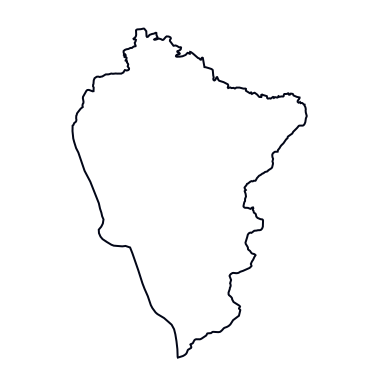 the district of Botene, Xaignabouri, Laos, rotated 178°
{"feature_id": "54806243B51451438930517", "entity_name": "Botene", "entity_type": "district", "adm_level": 2, "iso_a3": "LAO", "parent_name": "Laos", "parent_adm1": "Xaignabouri", "projection": "mercator", "projection_center": [101.063, 17.709], "detail": "fine", "context": "isolated", "style": "outline", "palette": "ink", "viewbox_px": 384, "rotation_deg": 178, "n_neighbors": 0, "source": "geoboundaries", "source_scale": "gbopen_adm2", "svg_char_len": 6040}
<svg xmlns="http://www.w3.org/2000/svg" viewBox="0 0 384 384"><g transform="rotate(178 192 192)"><path d="M309.0,262.5L309.3,257.0L308.8,249.6L308.0,246.1L306.3,239.9L304.2,235.4L298.6,216.9L293.3,205.9L285.5,184.0L284.5,178.6L283.3,174.5L282.6,170.8L281.4,167.7L282.2,163.6L283.9,160.5L286.5,157.6L286.4,154.1L285.0,150.6L283.0,148.0L279.0,145.1L274.4,142.1L272.0,141.1L263.5,140.1L260.3,140.4L255.8,138.7L253.7,132.8L248.4,115.6L244.7,102.4L242.8,96.9L239.8,89.4L237.1,80.4L235.6,77.3L232.6,72.9L230.8,71.2L224.3,67.0L217.0,60.1L214.7,55.5L213.6,50.3L212.7,43.2L212.1,35.4L212.1,27.7L211.9,27.0L206.8,28.4L204.9,29.4L203.4,30.6L202.7,31.8L201.8,34.0L201.4,34.5L198.4,36.2L198.1,36.9L198.3,38.1L198.9,39.7L198.3,40.1L197.0,40.5L196.2,41.2L195.4,42.8L194.5,44.1L193.5,44.6L192.5,44.7L189.2,44.5L187.8,45.0L182.8,48.1L181.7,50.0L181.1,50.2L178.0,50.3L176.4,51.4L175.7,51.5L170.5,51.0L169.1,51.2L168.4,51.5L166.9,52.7L165.0,54.7L164.1,55.2L161.9,55.9L160.1,56.8L158.3,58.3L155.4,62.5L149.4,66.7L147.9,72.1L147.9,72.5L149.1,73.8L149.1,74.1L148.0,75.7L148.3,76.4L148.7,76.8L154.3,80.6L155.6,83.2L155.7,84.4L156.1,85.1L156.8,86.0L158.6,87.6L159.0,88.4L159.0,90.1L158.7,91.0L157.6,93.8L157.5,94.8L156.8,96.2L156.6,97.3L156.8,98.7L157.1,99.4L156.0,102.7L157.4,106.8L156.9,107.8L156.0,108.7L154.4,109.6L153.4,109.7L150.6,109.3L149.0,109.4L147.9,109.8L146.6,110.6L143.8,111.4L137.1,114.1L135.2,115.8L135.1,116.2L135.7,118.0L134.5,120.5L133.3,122.1L131.9,124.9L130.7,126.6L130.8,126.9L131.8,127.7L134.2,128.5L134.7,128.9L136.1,131.1L137.6,132.3L138.0,132.9L138.1,134.5L138.4,135.3L140.1,138.3L140.3,139.6L138.5,144.7L137.7,147.4L136.7,148.7L135.2,149.4L134.0,149.1L131.1,151.1L128.9,151.2L127.4,151.5L125.5,151.5L124.4,151.8L123.2,153.0L122.4,154.9L122.0,160.9L122.1,161.5L122.6,162.1L124.6,162.5L127.4,163.8L128.6,165.2L128.9,167.1L129.3,168.1L130.9,169.3L131.2,171.0L131.8,171.9L131.9,172.3L131.3,173.5L131.5,174.4L132.3,174.4L134.2,173.1L136.7,174.2L139.6,174.4L140.2,174.7L141.0,175.6L141.0,176.4L140.4,178.8L140.0,180.1L139.3,181.1L139.2,183.3L138.2,185.6L138.5,188.4L139.3,190.8L139.3,191.1L138.1,192.1L139.1,193.4L139.3,194.7L137.4,196.9L136.7,198.2L135.8,198.5L133.2,200.4L132.0,200.8L130.9,200.5L129.8,201.1L128.5,201.0L128.0,201.2L126.6,203.6L124.4,205.9L122.9,206.6L120.9,208.0L120.0,208.2L118.4,209.4L115.9,210.0L115.0,211.0L111.7,213.0L111.0,214.0L110.1,217.3L110.1,218.3L110.5,219.7L109.8,222.3L110.4,224.1L110.5,226.0L110.4,226.7L109.8,227.8L108.3,229.0L107.7,229.3L105.0,229.3L104.6,230.9L102.9,232.9L102.0,234.4L101.2,235.4L98.9,237.5L96.1,241.3L94.7,242.4L94.5,243.5L94.1,244.1L89.8,246.9L88.7,248.7L84.8,252.3L83.3,254.0L82.9,254.4L82.0,254.6L79.0,254.5L78.4,254.7L77.7,255.3L77.1,256.1L76.3,257.9L75.6,261.7L74.8,263.4L74.7,264.1L75.5,267.5L75.6,269.6L75.4,270.8L75.7,272.7L76.5,274.5L76.4,275.4L77.3,275.6L77.6,276.1L78.6,277.0L79.2,277.2L80.3,277.0L80.9,278.1L82.2,277.5L82.7,277.8L83.3,278.5L83.1,279.6L81.8,281.1L81.2,282.2L81.2,282.7L83.9,283.4L87.1,284.9L87.9,286.5L89.8,286.9L90.1,286.8L90.4,286.1L91.3,285.8L91.7,285.9L92.1,287.1L92.5,287.3L93.5,286.7L96.3,286.7L96.8,285.9L97.1,284.6L97.7,284.2L99.0,284.4L101.2,284.1L102.2,284.8L102.4,284.6L102.3,283.9L103.5,283.4L105.8,283.9L106.9,283.1L107.1,283.3L107.4,284.1L107.7,284.2L110.1,282.6L111.0,282.9L112.9,282.7L113.5,283.2L113.9,285.2L118.0,286.6L118.4,286.9L119.0,286.8L119.5,286.4L119.2,285.0L119.4,284.5L121.1,284.6L121.6,284.8L123.5,287.1L125.9,289.0L127.7,288.5L128.7,287.9L129.0,288.2L129.4,289.4L129.7,289.4L130.4,288.7L130.7,288.7L134.3,291.1L134.6,291.4L134.5,293.2L135.0,293.5L136.9,293.5L140.9,294.7L144.0,294.8L145.2,294.0L145.8,294.0L146.6,294.6L149.0,294.5L150.0,295.1L150.5,295.1L152.2,294.6L152.6,295.2L152.1,296.8L152.1,297.5L152.5,298.4L156.6,300.7L160.9,302.2L161.8,303.3L162.8,305.9L163.2,305.9L163.5,305.7L164.7,303.4L165.3,302.9L165.9,302.7L166.6,303.3L166.8,304.3L166.3,305.8L166.7,307.7L167.0,313.0L167.2,313.4L168.2,314.2L170.3,315.0L173.9,316.2L175.2,316.4L176.5,325.6L176.8,325.8L177.1,325.9L177.6,325.6L178.5,323.9L179.0,324.0L179.9,325.1L181.4,325.8L186.1,330.2L188.3,331.9L189.0,332.1L189.4,330.2L190.0,330.4L190.9,331.1L191.6,331.2L193.6,329.2L196.7,328.0L199.3,327.7L202.3,327.7L203.0,327.9L203.3,328.3L203.2,328.8L202.5,329.6L199.8,330.2L199.5,330.5L199.4,330.8L199.8,331.4L201.1,331.9L201.6,332.3L201.8,333.0L201.6,333.3L199.7,333.9L198.7,334.6L198.2,335.2L197.9,336.7L198.2,337.1L199.7,337.0L202.2,338.6L203.3,339.0L205.4,338.8L208.8,343.7L208.7,344.8L207.8,346.1L208.0,347.1L208.8,347.7L210.0,348.2L211.9,348.4L212.8,347.8L215.1,345.3L215.8,345.0L216.5,345.1L217.8,345.9L219.7,346.5L223.1,345.5L224.2,345.5L224.5,345.7L224.3,346.0L221.6,347.1L221.1,347.9L222.0,350.0L222.1,352.2L222.5,352.4L223.0,352.3L224.5,351.6L226.5,351.3L228.9,350.5L230.6,348.7L231.5,348.5L232.0,349.3L232.1,354.3L233.8,356.6L234.3,357.0L234.8,357.0L237.5,356.5L241.1,356.4L242.0,355.9L242.3,355.5L242.3,351.0L242.6,349.8L243.3,348.6L245.1,347.2L244.9,346.7L243.2,346.4L242.7,346.0L243.2,344.4L244.0,343.2L243.9,342.2L243.2,340.0L243.3,339.7L245.4,339.3L247.0,338.1L248.6,338.1L250.5,337.2L252.6,336.9L254.2,336.3L255.4,335.3L255.5,334.1L255.1,332.3L255.3,331.3L254.6,331.0L253.9,331.7L253.5,331.1L253.6,330.6L254.8,329.9L254.9,329.5L254.5,329.1L253.1,328.9L252.7,328.4L252.9,326.9L253.8,325.9L253.8,325.6L253.4,325.4L252.7,325.4L252.4,325.0L252.5,323.8L251.5,322.4L251.3,321.6L251.9,319.8L250.6,317.8L250.7,316.7L251.6,316.0L252.9,315.7L254.8,316.2L256.0,314.6L256.3,313.9L258.5,312.8L262.6,312.9L264.0,313.1L266.9,312.9L268.6,313.2L271.1,312.5L274.2,312.5L277.6,310.6L279.1,310.4L280.1,310.1L281.2,310.5L282.8,310.6L283.4,310.4L285.4,309.1L286.3,307.0L286.7,303.4L287.1,302.6L287.2,301.0L286.6,299.9L286.9,296.2L287.8,296.1L291.4,297.6L293.0,297.6L294.0,296.8L297.6,290.9L297.8,289.6L297.3,286.3L297.4,284.8L298.0,283.9L298.4,282.7L298.4,281.2L298.2,280.8L300.4,279.1L303.6,275.3L304.2,274.4L304.5,273.1L305.0,272.2L305.2,269.6L305.0,268.2L305.2,267.1L305.7,266.2L307.3,265.0L308.2,263.1L309.0,262.5Z" fill="none" stroke="#020617" stroke-width="2"/></g></svg>